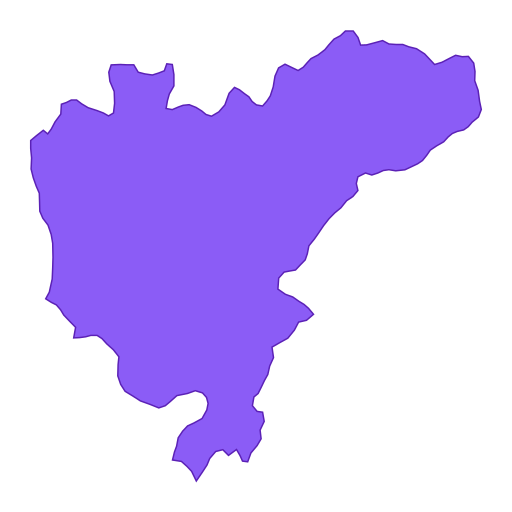 Itajubá, Minas Gerais, Brazil (Equal Earth projection)
{"feature_id": "56859067B47233930610196", "entity_name": "Itajubá", "entity_type": "district", "adm_level": 2, "iso_a3": "BRA", "parent_name": "Brazil", "parent_adm1": "Minas Gerais", "projection": "equal_earth", "projection_center": [-45.407, -22.44], "detail": "fine", "context": "isolated", "style": "filled", "palette": "violet", "viewbox_px": 512, "rotation_deg": 0, "n_neighbors": 0, "source": "geoboundaries", "source_scale": "gbopen_adm2", "svg_char_len": 2884}
<svg xmlns="http://www.w3.org/2000/svg" viewBox="0 0 512 512"><path d="M481.3,109.5L479.6,101.4L478.1,90.3L474.7,80.7L475.0,71.5L473.7,63.1L468.4,56.4L462.2,56.7L455.6,55.3L449.8,58.2L441.9,62.3L434.6,64.5L429.9,59.5L424.6,53.9L416.5,48.7L408.8,46.8L402.8,44.5L396.3,44.5L389.0,44.0L382.6,40.6L374.2,42.9L366.6,44.9L360.6,45.1L358.0,37.5L353.2,31.0L345.4,31.0L340.4,35.7L334.0,39.1L328.8,44.9L324.9,49.7L318.0,55.0L311.0,58.6L307.2,62.7L303.3,67.2L298.1,70.5L291.6,67.4L285.0,64.2L278.6,67.9L275.0,76.1L273.2,87.0L270.3,95.9L267.1,100.8L262.6,106.0L256.4,104.9L252.1,101.5L248.9,96.8L244.5,93.7L239.5,89.8L234.5,87.4L229.1,93.3L224.9,104.9L218.8,111.9L211.5,116.2L206.0,114.5L201.8,111.0L196.0,107.4L189.2,104.7L183.1,105.3L178.4,107.0L172.3,109.6L166.1,108.5L167.4,100.8L169.3,94.0L173.9,85.9L173.9,74.6L172.3,64.5L166.8,63.8L164.3,70.8L158.7,73.0L152.4,75.0L144.8,73.9L138.2,72.2L133.8,64.8L126.7,64.8L120.2,64.5L111.2,64.9L108.8,72.2L109.9,81.3L114.2,91.5L114.6,103.3L113.5,113.0L108.5,115.9L103.4,113.0L97.1,110.6L88.1,107.7L81.6,103.8L76.6,100.0L71.3,100.0L66.4,102.5L61.4,104.2L60.8,114.1L55.1,121.8L51.2,129.2L47.7,133.9L43.3,130.3L36.4,135.7L30.7,140.5L30.7,148.5L31.6,158.0L31.1,169.0L33.3,177.8L36.3,186.3L39.3,193.2L39.6,203.1L39.8,211.2L42.8,218.2L48.0,225.1L51.2,234.5L52.7,243.3L53.0,257.4L52.7,267.8L52.2,279.1L50.7,285.8L49.3,292.2L45.7,298.8L51.4,302.4L56.4,304.9L60.6,309.8L63.8,315.1L69.8,321.4L75.6,327.3L73.7,337.9L79.5,337.6L85.6,336.8L90.8,335.4L97.1,335.4L102.0,338.6L106.8,343.9L113.4,349.8L118.9,356.8L118.1,364.6L117.8,375.9L120.7,384.4L125.1,391.3L132.8,396.0L140.4,400.9L150.1,404.4L158.8,407.9L165.3,405.7L170.3,401.5L176.9,395.6L187.4,393.5L195.3,390.7L202.5,392.9L206.5,397.4L208.1,403.4L206.8,410.0L202.1,418.5L193.9,423.0L187.6,425.9L182.7,431.1L178.2,437.8L176.6,446.2L174.5,451.9L172.5,460.0L181.4,461.4L186.9,466.3L191.6,471.3L196.3,481.0L202.5,471.9L207.0,465.0L209.7,458.5L215.7,451.5L222.8,449.7L228.5,455.4L236.5,449.5L240.0,455.5L242.5,461.1L247.7,461.8L250.9,453.0L257.1,445.6L261.1,438.8L260.1,430.1L264.2,421.4L262.6,412.2L257.1,411.4L252.4,405.7L253.9,397.0L258.1,393.5L261.3,387.1L264.5,380.4L267.8,374.5L269.7,366.0L273.5,357.6L272.0,347.1L280.0,342.5L287.8,338.2L294.4,330.1L298.6,322.1L306.5,320.3L313.5,314.3L308.5,308.3L304.0,304.4L298.9,301.3L292.8,297.0L285.4,294.3L277.9,289.1L278.7,278.1L284.1,272.1L289.2,271.1L295.5,270.0L300.5,264.7L305.2,259.9L307.3,253.8L308.9,245.8L314.4,239.0L318.6,233.0L323.6,225.6L329.1,218.6L334.6,213.0L340.9,207.8L346.6,200.7L352.9,196.5L357.9,190.5L356.3,183.5L357.9,176.8L365.5,173.0L371.8,175.0L377.9,173.0L383.3,170.5L388.9,169.7L395.7,170.8L404.9,169.8L411.9,166.5L417.6,163.8L422.5,160.5L426.7,155.3L430.3,150.1L436.7,145.8L443.7,141.8L448.2,136.9L452.3,133.5L457.3,131.4L463.7,129.9L468.2,126.7L472.1,122.2L478.4,117.0L481.3,109.5Z" fill="#8b5cf6" stroke="#5b21b6" stroke-width="1.5"/></svg>